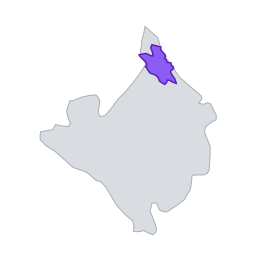 Bar highlighted on a map of Montenegro, rotated 187°
{"feature_id": "MNE-1496", "entity_name": "Bar", "entity_type": "Municipality", "adm_level": 1, "iso_a3": "MNE", "parent_name": "Montenegro", "parent_adm1": "", "projection": "mercator", "projection_center": [19.125, 42.167], "detail": "fine", "context": "in_parent", "style": "filled", "palette": "violet", "viewbox_px": 256, "rotation_deg": 187, "n_neighbors": 0, "source": "natural_earth", "source_scale": "10m", "svg_char_len": 1863}
<svg xmlns="http://www.w3.org/2000/svg" viewBox="0 0 256 256"><g transform="rotate(187 128 128)"><path d="M110.1,26.2L109.9,27.8L110.3,32.3L112.3,36.6L119.5,41.1L130.0,49.9L142.4,66.2L148.1,71.0L153.2,72.1L163.2,78.8L170.1,80.5L177.9,82.3L198.1,96.3L207.2,100.4L213.7,105.6L214.4,110.6L214.1,113.7L202.4,117.2L200.3,122.7L194.7,122.0L187.8,122.0L185.6,125.5L188.9,131.1L191.0,137.8L189.3,146.9L188.7,148.2L187.1,147.8L177.4,153.1L170.3,155.6L163.8,156.9L160.8,154.3L159.2,150.9L159.5,140.8L158.3,137.4L156.1,135.8L151.7,138.2L146.6,145.9L141.8,154.9L134.6,164.3L128.7,173.3L122.3,184.6L117.9,194.0L122.5,199.2L125.2,206.6L124.4,212.1L125.2,215.3L123.8,224.8L123.5,230.9L109.4,221.2L103.6,207.6L83.0,184.6L59.4,168.9L58.2,166.4L59.5,163.4L60.6,161.0L55.7,160.8L52.2,162.7L49.0,162.2L45.3,156.3L41.8,151.1L41.6,146.6L43.2,146.0L45.6,144.2L50.6,139.2L51.5,136.6L51.3,132.6L44.3,119.9L43.3,111.7L42.3,96.3L43.8,92.7L46.4,90.9L58.6,89.0L58.4,77.0L59.1,73.4L61.6,68.4L63.1,63.9L69.9,57.3L79.1,49.5L83.1,49.3L86.7,50.4L90.7,57.1L95.0,56.2L95.9,48.1L90.2,37.6L87.2,30.8L88.1,27.1L90.3,25.1L95.1,26.3L99.8,28.2L102.8,26.9L107.4,26.0L110.1,26.2Z" fill="#d9dde1" stroke="#a8b0b8" stroke-width="1"/><path d="M118.2,190.9L117.4,191.7L117.2,193.0L118.1,194.9L119.5,196.5L124.7,200.4L126.0,202.0L124.9,202.5L119.4,204.2L117.7,203.8L114.4,202.6L112.0,202.6L112.6,205.3L115.2,210.5L114.4,213.6L105.9,212.5L105.4,212.6L105.2,209.8L100.0,205.1L99.3,203.3L100.2,201.6L99.5,200.9L98.4,200.4L97.0,197.9L93.5,198.0L92.8,196.7L92.6,195.4L92.1,195.1L91.5,195.0L90.9,194.6L90.0,192.7L92.7,189.6L92.2,188.0L90.2,185.5L87.7,182.7L86.1,179.7L85.6,178.2L89.0,178.9L92.7,180.4L94.8,180.4L95.2,177.8L96.8,175.7L101.2,177.7L102.5,178.4L103.4,180.2L104.9,182.4L106.9,183.6L109.6,184.6L112.3,185.0L114.2,186.5L117.1,190.1L118.2,190.9Z" fill="#8b5cf6" stroke="#5b21b6" stroke-width="1.5"/></g></svg>